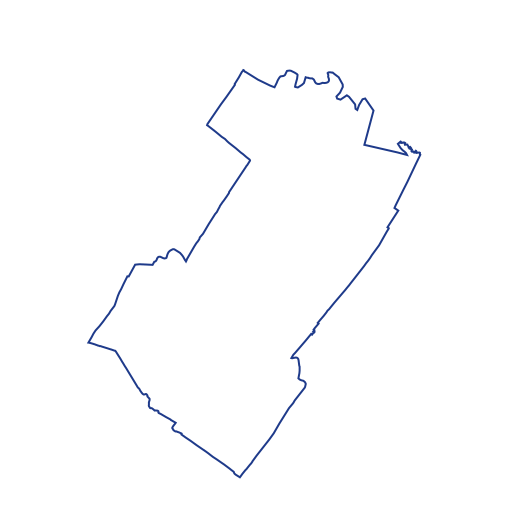 outline of Harsesti, Arges, Romania, rotated 302°
{"feature_id": "2599482B5043651668423", "entity_name": "Harsesti", "entity_type": "district", "adm_level": 2, "iso_a3": "ROU", "parent_name": "Romania", "parent_adm1": "Arges", "projection": "albers", "projection_center": [24.789, 44.52], "detail": "fine", "context": "isolated", "style": "outline", "palette": "blue", "viewbox_px": 512, "rotation_deg": 302, "n_neighbors": 0, "source": "geoboundaries", "source_scale": "gbopen_adm2", "svg_char_len": 5935}
<svg xmlns="http://www.w3.org/2000/svg" viewBox="0 0 512 512"><g transform="rotate(302 256 256)"><path d="M399.0,345.1L419.5,342.7L428.9,341.7L429.0,341.2L430.4,340.3L430.3,339.6L428.5,337.5L428.8,337.1L429.6,336.8L429.9,336.2L429.9,335.9L429.3,336.0L428.1,336.2L427.5,335.4L427.8,335.1L428.2,335.2L428.4,335.1L428.2,334.3L427.7,334.0L427.1,333.1L427.4,332.2L427.8,332.3L428.9,331.9L428.9,331.1L428.5,329.6L428.9,329.5L429.8,330.0L430.2,328.9L428.9,328.0L430.0,326.7L430.1,326.1L430.7,325.3L430.2,324.3L429.3,323.4L429.9,322.7L431.7,322.4L431.2,322.3L430.3,321.9L430.6,321.2L430.1,320.4L429.2,319.9L428.7,318.8L429.0,318.6L429.4,318.7L429.7,318.3L429.7,318.0L426.3,316.9L424.1,321.6L423.4,324.4L423.2,326.6L422.8,328.6L421.7,330.5L418.8,321.1L407.7,289.0L441.6,278.6L447.4,265.1L445.4,263.3L438.7,263.4L433.5,264.5L433.6,262.4L437.1,259.7L440.3,250.5L440.4,247.9L433.4,244.8L432.5,241.4L433.9,239.7L439.0,240.7L445.4,240.0L447.4,238.6L451.4,231.4L451.9,226.0L452.2,223.8L451.7,223.1L451.5,222.4L451.2,221.8L450.6,220.8L450.2,220.3L449.8,220.0L449.2,219.8L448.8,220.1L448.0,221.2L447.5,221.6L446.2,222.2L445.9,222.6L444.9,223.9L443.8,224.7L443.1,225.0L442.2,225.0L441.2,224.7L439.9,223.6L438.9,222.3L438.1,220.6L436.8,219.7L435.9,218.9L435.3,218.4L435.0,217.8L434.6,217.1L434.4,216.3L434.3,215.4L434.6,214.4L434.9,213.7L435.8,212.4L436.3,211.4L436.4,210.1L436.4,209.6L436.1,209.1L435.3,207.7L435.1,207.1L434.8,206.2L434.8,205.7L434.2,204.7L433.9,203.4L428.1,205.0L425.5,204.3L421.1,202.2L420.2,199.8L420.2,199.4L422.7,198.5L428.1,196.9L431.6,195.3L432.0,194.3L432.0,191.5L431.6,187.5L431.1,186.3L430.0,184.9L429.3,184.2L426.2,184.5L425.1,184.7L424.4,184.5L423.4,184.0L422.8,183.4L422.6,183.1L422.1,182.6L422.0,182.4L421.3,181.6L419.7,181.3L419.1,181.3L417.5,181.3L416.1,181.4L413.9,181.8L408.9,182.3L408.4,179.8L408.0,177.6L406.6,164.3L406.6,150.1L406.4,149.1L407.1,147.0L407.0,146.7L405.9,146.8L404.9,146.5L404.0,146.5L398.3,146.8L390.5,146.8L390.0,147.4L375.2,146.6L366.3,145.9L342.2,144.9L341.0,145.2L341.0,146.1L340.0,155.6L339.4,160.2L339.3,160.9L338.9,163.8L338.8,167.7L338.0,170.9L337.6,173.2L336.7,181.7L335.7,188.2L335.5,191.0L334.8,195.4L334.4,199.3L334.3,199.7L333.9,200.2L333.7,200.4L328.2,200.4L327.7,200.2L325.8,200.2L295.9,199.3L295.1,199.7L291.1,199.6L285.7,199.3L284.0,199.1L279.3,198.9L278.5,199.1L276.2,199.2L272.5,199.5L269.9,199.1L258.0,199.0L246.7,199.3L242.0,198.5L240.3,199.0L237.2,198.9L236.3,198.7L234.7,198.6L231.1,198.6L216.7,199.1L215.5,199.4L214.3,199.5L214.4,199.3L214.8,198.2L216.9,194.4L217.6,192.6L218.4,189.9L218.4,185.9L218.4,183.3L218.1,182.5L217.6,181.8L215.2,180.4L213.9,180.0L212.8,179.8L211.5,179.9L210.2,180.1L207.1,181.0L206.5,180.8L205.4,179.7L205.0,178.4L204.8,176.5L204.6,175.1L204.1,174.4L203.5,173.7L202.5,173.5L201.5,173.4L200.5,173.7L199.2,173.8L198.2,173.6L197.4,173.0L197.2,172.8L193.7,173.0L189.9,166.2L187.3,161.6L184.6,158.1L171.2,158.9L170.6,157.7L162.2,158.5L156.5,159.2L152.7,159.4L149.0,160.0L140.3,162.1L138.5,162.4L132.4,161.8L129.1,161.9L126.0,161.5L119.6,161.1L113.3,160.4L107.9,159.4L104.1,159.3L100.0,159.6L93.8,159.8L93.9,160.0L94.3,161.4L94.6,162.2L95.1,164.0L95.3,164.8L95.4,165.3L95.6,165.8L95.9,167.5L96.1,168.0L96.2,169.1L96.6,170.2L96.7,171.0L96.8,171.3L97.1,171.7L97.2,172.0L97.4,172.8L97.6,173.7L97.8,174.4L99.0,179.0L99.8,182.2L99.9,182.4L100.9,186.8L101.0,186.9L100.8,187.6L98.1,193.2L97.2,195.1L95.4,198.5L94.6,200.2L93.1,203.1L92.1,205.3L89.2,211.0L87.3,214.8L82.7,223.9L81.9,225.4L81.8,226.1L81.6,227.1L81.4,227.6L80.3,229.5L79.9,230.6L79.6,231.1L79.3,232.1L79.1,232.6L79.0,233.4L79.0,233.8L79.0,234.1L79.3,234.5L79.5,234.8L80.1,235.3L80.6,235.7L80.7,235.9L80.7,236.2L80.7,236.5L80.6,236.8L80.2,237.8L79.3,238.4L78.5,241.4L77.5,242.1L75.2,242.7L73.3,243.9L72.3,244.4L72.0,244.7L71.8,244.9L71.4,245.9L71.2,246.2L71.0,246.5L71.0,246.9L71.1,247.3L71.6,248.0L71.7,248.7L71.6,249.7L71.5,250.7L71.3,251.4L71.2,251.9L71.3,252.1L71.5,252.3L71.7,252.5L71.9,252.8L72.0,253.2L72.3,253.7L72.6,254.3L72.7,254.7L72.7,255.0L72.7,255.3L72.6,255.5L72.4,255.7L71.7,256.0L71.4,256.4L71.4,256.9L71.3,257.0L71.4,257.5L71.6,259.6L71.6,260.9L71.7,263.5L71.7,263.8L71.7,264.6L72.0,269.6L72.0,270.4L71.8,270.8L71.8,271.3L71.9,272.2L71.9,272.7L71.9,273.5L72.0,275.4L72.0,275.9L72.0,276.3L71.9,276.3L70.6,276.2L69.1,276.0L67.7,275.9L67.1,275.9L66.1,276.0L65.8,276.1L65.6,276.3L65.4,276.7L65.0,277.7L64.8,277.9L64.6,278.3L64.5,279.4L64.5,280.6L64.7,281.0L65.1,281.5L65.2,282.5L65.6,284.1L65.9,286.3L66.0,286.8L66.0,287.0L65.9,287.2L65.1,287.4L64.8,292.4L64.6,298.4L64.1,305.4L64.0,307.7L63.9,310.3L63.6,317.3L63.4,320.1L63.2,321.9L62.8,325.9L62.7,330.6L62.5,334.6L62.4,336.5L62.3,339.1L62.2,340.4L62.1,341.4L62.0,342.8L61.7,346.3L61.4,348.8L61.3,350.2L61.2,350.8L61.2,351.4L61.1,351.6L60.5,352.3L60.2,352.8L60.1,353.0L60.0,353.3L60.0,353.5L59.9,353.9L59.8,354.9L59.8,356.5L59.8,357.0L59.8,357.7L59.8,358.9L59.8,359.6L61.0,359.7L64.1,359.9L69.0,360.5L70.0,360.8L70.8,360.9L71.9,361.0L76.0,361.5L77.4,361.8L79.6,361.9L79.9,361.8L87.0,362.3L107.4,364.5L115.0,365.0L126.3,364.6L144.5,364.6L150.2,365.4L151.6,365.5L153.3,365.4L154.2,365.4L170.0,367.1L171.0,367.0L173.9,366.0L174.9,364.6L175.3,362.4L174.6,360.2L174.4,358.5L174.7,356.8L179.6,354.9L181.8,353.8L185.3,351.6L185.8,350.9L190.2,347.3L191.1,346.3L191.4,345.5L191.4,344.6L191.1,343.7L189.6,342.0L188.4,340.8L188.2,340.1L192.1,340.0L194.4,340.5L210.1,342.9L219.2,344.1L219.0,345.2L222.2,345.5L222.2,345.9L222.6,345.9L222.8,345.8L222.9,345.5L222.9,345.3L222.4,345.3L222.3,344.6L224.0,344.8L224.1,343.9L225.7,344.0L231.8,344.9L232.0,343.8L237.0,344.5L240.8,345.1L245.5,345.6L247.5,345.6L249.7,346.2L251.5,346.4L258.0,347.2L274.6,349.7L277.2,350.0L280.8,350.5L283.1,350.7L288.6,351.3L304.8,353.0L308.3,353.2L310.6,353.5L311.6,353.6L314.8,353.8L318.1,353.8L330.3,354.7L346.0,354.0L349.7,354.0L349.9,353.9L350.0,352.3L369.9,352.6L370.1,348.0L372.8,347.6L390.1,345.9L399.0,345.1Z" fill="none" stroke="#1e3a8a" stroke-width="2"/></g></svg>